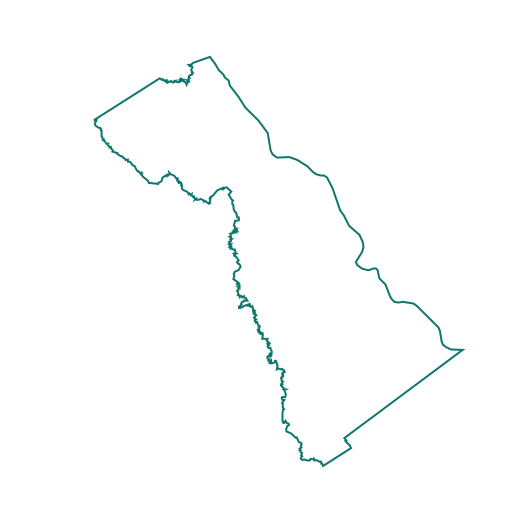 San Javier, Santa Fe, Argentina, rotated 317°
{"feature_id": "61730980B70528593712709", "entity_name": "San Javier", "entity_type": "district", "adm_level": 2, "iso_a3": "ARG", "parent_name": "Argentina", "parent_adm1": "Santa Fe", "projection": "natural_earth1", "projection_center": [-60.274, -30.036], "detail": "fine", "context": "isolated", "style": "outline", "palette": "teal", "viewbox_px": 512, "rotation_deg": 317, "n_neighbors": 0, "source": "geoboundaries", "source_scale": "gbopen_adm2", "svg_char_len": 6075}
<svg xmlns="http://www.w3.org/2000/svg" viewBox="0 0 512 512"><g transform="rotate(317 256 256)"><path d="M231.6,46.4L231.8,46.9L230.7,47.2L231.7,48.0L228.6,49.2L227.5,51.3L228.3,54.7L229.4,56.2L229.3,57.4L228.2,58.0L228.4,59.3L224.7,63.0L224.6,64.7L223.6,65.4L223.4,66.4L224.1,67.0L223.2,67.4L223.8,67.9L223.2,71.9L224.1,72.7L223.5,72.7L223.1,74.7L224.0,76.9L223.1,77.1L223.9,77.9L223.2,79.6L223.4,81.3L222.2,81.8L224.8,86.1L224.2,86.5L225.1,90.8L226.2,91.9L225.8,92.6L226.6,96.6L225.4,96.5L228.1,98.1L226.7,99.7L228.1,101.3L227.7,105.7L228.5,107.5L227.2,112.1L227.4,113.3L228.2,112.9L227.4,113.8L227.9,116.1L228.9,116.6L227.9,117.3L228.5,117.8L227.7,117.9L227.4,121.2L228.3,126.7L227.5,129.5L233.6,136.5L234.2,135.9L237.7,136.9L241.1,135.0L245.1,135.6L245.1,136.8L246.7,136.2L246.9,137.2L248.2,137.0L248.1,136.2L248.6,137.0L249.5,135.8L249.5,138.3L251.0,141.6L250.6,144.4L251.2,145.1L250.4,146.2L251.2,146.4L249.9,147.4L250.6,148.7L249.6,149.1L250.2,150.0L250.6,149.5L250.7,149.8L249.8,150.3L251.1,151.2L250.7,152.4L249.4,153.1L250.0,153.9L248.0,155.9L247.6,157.8L249.5,162.0L248.9,165.2L250.2,165.1L250.2,167.0L250.9,167.0L249.9,167.7L250.6,168.7L250.3,170.3L251.1,170.4L250.5,171.3L250.7,172.7L249.8,173.1L251.4,173.3L250.8,173.9L251.2,175.0L254.6,176.8L255.7,180.0L255.1,180.6L256.3,180.9L257.1,185.6L258.2,185.9L258.0,185.1L259.9,184.6L261.2,182.5L262.2,183.0L262.9,181.7L265.2,182.5L272.5,181.6L278.2,183.6L277.2,184.5L277.7,185.0L279.3,184.6L281.3,185.7L281.9,192.0L278.0,192.4L276.7,197.8L277.0,199.8L275.9,199.9L274.0,202.0L274.2,203.2L271.4,206.9L270.7,209.6L271.1,210.7L268.6,215.0L269.7,215.9L268.4,217.8L267.5,218.1L264.6,216.0L260.5,218.7L260.6,220.3L259.3,221.6L260.1,222.4L258.5,222.1L258.9,223.3L260.0,223.2L259.6,224.4L259.4,223.8L258.3,224.6L257.6,223.8L257.5,224.5L257.0,223.5L256.7,224.5L255.6,223.9L255.8,222.9L254.7,223.1L254.9,223.8L254.6,223.1L254.7,222.7L253.8,223.2L252.3,222.1L251.0,224.6L249.9,224.1L250.3,225.6L248.9,226.2L249.6,227.0L248.3,226.8L247.9,228.0L245.5,227.4L245.1,228.3L246.0,230.0L244.1,229.4L244.7,231.2L243.0,231.4L244.2,232.5L243.6,233.1L242.6,232.5L242.2,233.3L243.6,234.3L243.8,236.0L244.9,236.9L243.2,239.9L242.3,239.5L243.1,240.8L240.9,240.2L240.2,240.8L241.0,243.1L240.3,247.3L241.0,247.5L237.9,247.6L237.6,249.5L238.3,250.6L237.6,253.2L233.7,254.4L229.7,253.1L227.2,254.2L226.9,255.5L223.7,257.5L224.8,262.6L223.7,263.1L224.4,263.8L223.2,264.0L224.2,264.8L222.7,265.8L223.6,266.2L222.8,266.7L224.1,266.6L222.8,267.1L222.0,266.6L222.5,267.8L221.6,268.7L221.1,268.0L218.3,268.6L218.7,269.6L218.0,270.7L216.0,272.3L217.0,273.2L216.0,275.1L217.9,275.0L217.7,276.9L219.8,277.2L219.1,278.6L219.9,279.8L219.2,282.8L217.0,280.5L216.2,281.0L214.4,280.1L212.5,280.8L212.3,281.8L208.7,281.6L208.1,282.4L209.7,283.6L214.5,284.8L216.4,287.0L216.6,285.9L218.7,286.7L217.4,288.8L218.7,289.7L218.0,290.2L218.7,291.3L216.7,293.8L217.5,294.4L216.5,294.9L217.2,295.4L215.7,296.0L216.4,296.6L215.0,296.9L215.7,298.5L214.7,299.1L215.3,299.6L212.9,300.0L213.4,300.8L212.6,300.2L212.7,301.5L211.9,300.6L212.5,301.6L211.7,302.1L212.3,302.6L211.3,302.1L210.6,303.0L211.6,304.3L210.8,304.8L211.7,305.2L210.1,308.9L210.6,309.4L209.8,309.7L210.3,310.3L208.3,311.7L207.3,311.0L206.6,311.7L207.3,312.2L206.0,313.3L206.0,314.6L207.1,314.2L206.7,315.2L207.6,314.9L206.5,315.4L206.7,316.5L207.6,315.6L208.3,316.7L206.7,318.9L204.1,320.7L207.9,324.5L206.2,325.1L206.3,328.8L204.6,327.8L204.0,328.9L204.7,330.2L202.7,330.3L202.5,331.8L203.8,333.3L202.9,334.3L202.8,336.0L201.5,337.4L199.1,336.8L198.8,337.6L200.2,338.5L199.4,339.3L197.7,339.3L198.1,338.0L195.6,337.4L194.5,338.8L195.0,339.8L193.5,341.2L193.9,342.4L196.1,342.1L195.6,343.2L195.0,343.5L194.8,342.7L194.1,344.0L193.2,343.9L194.1,345.2L197.7,346.7L199.0,344.9L198.6,345.6L199.1,346.2L197.0,350.9L194.0,353.1L195.5,353.5L197.4,356.5L198.1,356.4L198.5,359.0L198.0,360.3L197.2,359.6L195.6,360.4L196.1,360.9L195.2,360.4L195.2,359.8L194.6,360.1L194.4,362.0L193.7,362.5L193.2,361.8L191.1,362.3L191.3,363.0L189.7,364.5L190.0,366.0L189.2,365.8L187.9,367.9L187.1,366.9L185.9,367.6L186.1,371.4L185.2,371.9L186.7,373.8L185.3,373.3L183.4,377.7L181.1,379.1L178.9,377.1L178.0,377.2L177.2,379.1L178.4,380.6L174.8,381.3L174.8,382.4L172.5,384.8L172.1,387.1L171.1,386.8L169.0,388.2L163.4,394.1L162.1,396.8L162.8,397.3L165.1,396.6L164.6,399.1L165.5,400.9L164.9,402.1L162.5,401.8L159.5,403.6L158.7,405.1L160.8,410.1L161.0,415.8L162.1,416.4L160.4,421.2L161.6,423.6L160.7,425.1L159.5,425.1L158.7,427.0L156.6,426.6L156.5,427.7L155.7,427.7L156.2,428.5L154.9,429.5L155.3,431.5L152.9,432.7L153.2,434.0L150.8,434.4L150.5,436.3L152.8,438.1L154.5,441.2L156.1,442.1L157.4,441.5L159.3,443.8L160.1,443.6L159.3,445.4L160.9,446.4L162.2,449.9L163.3,450.8L162.1,452.5L162.9,453.2L161.8,455.3L194.5,461.3L195.5,458.3L195.0,453.8L196.2,452.9L195.4,452.0L196.4,451.5L196.4,449.4L343.1,465.6L334.9,457.4L332.8,452.2L332.3,448.2L333.6,444.9L339.4,436.3L340.7,432.5L339.6,402.3L338.7,398.1L332.0,389.5L328.4,387.2L325.9,383.9L325.9,379.3L327.1,375.3L331.3,365.1L330.9,356.6L335.1,349.6L335.4,347.6L334.0,345.5L328.5,343.1L325.0,337.7L323.8,331.5L325.0,328.5L336.3,325.4L340.3,323.1L343.3,319.3L346.1,311.1L344.7,297.4L347.9,286.3L348.6,280.1L358.1,258.9L361.5,247.1L360.6,243.5L358.1,241.1L355.7,237.1L354.9,233.3L354.8,225.6L351.7,213.9L347.8,206.3L338.5,198.4L337.4,193.3L338.5,189.1L348.4,174.0L350.2,158.5L349.4,140.3L351.8,127.5L353.1,113.4L355.6,109.1L355.0,104.2L355.9,101.0L355.6,94.4L357.1,87.9L358.1,79.0L341.9,71.9L339.0,71.8L337.1,70.3L337.1,72.2L338.1,72.3L338.5,74.4L335.3,75.9L334.8,78.6L334.4,78.1L332.9,79.7L330.1,78.5L329.1,79.1L328.9,80.3L328.3,79.7L326.9,81.4L325.4,80.2L325.6,82.8L324.1,82.3L322.1,83.3L322.9,81.1L322.4,79.2L323.3,78.0L322.3,77.8L322.7,76.6L321.8,74.8L320.5,75.0L320.9,75.8L320.8,76.2L320.6,75.7L319.5,76.5L319.3,75.7L318.0,76.3L315.9,73.3L316.8,73.0L315.6,72.2L314.1,72.9L313.0,71.2L313.2,70.0L311.2,69.5L310.8,68.6L309.5,69.0L308.9,67.9L310.2,66.8L309.4,66.7L309.5,65.7L308.7,65.8L308.0,64.3L308.4,63.1L307.2,62.8L306.8,60.4L231.6,46.4Z" fill="none" stroke="#0f766e" stroke-width="2"/></g></svg>